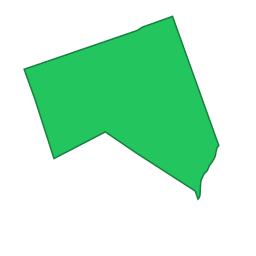 the district of Ralls, Missouri, United States of America, rotated 70°
{"feature_id": "52423323B19390518070965", "entity_name": "Ralls", "entity_type": "district", "adm_level": 2, "iso_a3": "USA", "parent_name": "United States of America", "parent_adm1": "Missouri", "projection": "mercator", "projection_center": [-91.377, 39.503], "detail": "fine", "context": "isolated", "style": "filled", "palette": "green", "viewbox_px": 256, "rotation_deg": 70, "n_neighbors": 0, "source": "geoboundaries", "source_scale": "gbopen_adm2", "svg_char_len": 500}
<svg xmlns="http://www.w3.org/2000/svg" viewBox="0 0 256 256"><g transform="rotate(70 128 128)"><path d="M131.4,208.0L123.9,150.7L155.1,128.2L210.2,86.4L218.7,86.5L217.4,84.5L216.1,83.5L205.8,79.1L203.5,78.0L201.5,76.6L197.5,72.6L196.7,71.3L195.9,69.4L195.0,67.9L191.1,64.3L188.9,60.8L185.8,57.0L183.4,55.1L179.9,53.1L176.9,51.0L176.0,49.1L175.5,48.7L38.3,48.0L38.3,60.6L38.1,79.7L39.5,86.1L37.4,199.2L37.3,205.5L69.0,205.6L131.4,208.0Z" fill="#22c55e" stroke="#15803d" stroke-width="1.5"/></g></svg>